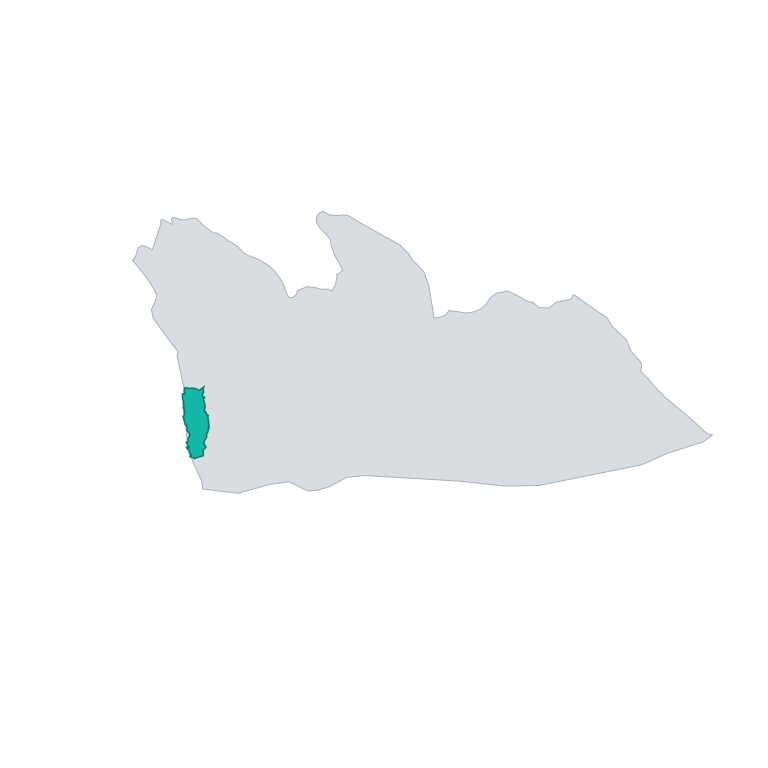 location of Porkpa, Grand Cape Mount, Liberia, rotated 313°
{"feature_id": "62588387B76680524179510", "entity_name": "Porkpa", "entity_type": "district", "adm_level": 2, "iso_a3": "LBR", "parent_name": "Liberia", "parent_adm1": "Grand Cape Mount", "projection": "equal_earth", "projection_center": [-11.08, 7.305], "detail": "fine", "context": "in_parent", "style": "filled", "palette": "teal", "viewbox_px": 768, "rotation_deg": 313, "n_neighbors": 0, "source": "geoboundaries", "source_scale": "gbopen_adm2", "svg_char_len": 6077}
<svg xmlns="http://www.w3.org/2000/svg" viewBox="0 0 768 768"><g transform="rotate(313 384 384)"><path d="M183.5,323.0L188.6,317.1L196.2,298.3L206.9,280.2L216.8,269.4L224.6,258.4L232.9,249.9L244.8,240.1L263.0,214.0L267.3,211.0L270.2,193.0L274.8,170.1L280.0,163.0L292.4,158.8L295.3,154.8L299.7,138.7L302.5,119.9L302.7,115.8L307.6,115.4L316.0,111.3L320.8,113.1L322.9,118.5L324.1,123.1L349.3,111.4L351.5,109.0L352.9,109.4L356.1,119.9L357.9,119.3L359.4,116.2L361.1,115.9L363.1,117.4L365.1,122.3L368.3,126.7L373.8,129.8L377.2,134.1L376.9,145.4L378.2,156.3L380.6,158.9L381.9,165.4L382.5,172.6L383.8,176.4L384.8,183.7L384.3,191.5L385.3,196.9L389.4,206.4L391.9,218.3L391.9,226.8L390.5,235.6L387.8,243.8L383.1,252.6L382.7,256.1L385.5,258.4L389.7,258.9L393.3,257.1L402.3,261.1L407.0,267.0L411.1,274.2L414.8,277.8L416.5,282.4L422.9,281.1L430.2,276.7L431.8,274.7L434.0,275.8L438.7,276.2L442.0,268.3L444.7,259.3L450.4,249.4L453.2,245.6L454.0,239.4L454.2,231.3L456.3,224.2L461.0,220.3L466.1,220.4L468.9,221.8L470.3,228.7L474.4,233.8L477.9,237.4L479.8,238.9L482.8,242.9L485.6,256.6L496.6,301.0L496.1,313.2L493.9,321.2L493.9,329.1L493.2,336.8L486.5,349.5L466.8,375.4L468.3,377.7L473.0,380.6L477.8,382.1L481.8,381.3L486.7,387.8L492.1,396.0L497.7,400.2L505.8,403.9L513.0,404.3L519.0,402.9L527.5,404.5L536.6,411.3L539.9,422.4L542.1,432.1L545.2,437.0L545.7,445.4L552.2,452.8L561.4,454.3L573.3,462.9L576.3,462.4L577.7,461.4L579.1,463.0L582.2,488.0L584.5,501.2L583.3,506.6L581.7,510.8L581.7,531.0L576.3,542.6L575.4,555.3L573.9,559.4L568.2,563.1L568.1,572.8L566.6,584.6L566.0,597.2L567.7,630.0L568.1,654.4L570.7,659.0L559.4,657.0L526.3,638.3L500.8,627.6L415.4,566.5L391.7,541.9L364.4,505.4L303.6,431.9L289.8,420.1L272.3,414.4L261.5,408.2L253.9,401.4L247.7,381.0L232.5,368.9L204.5,351.7L183.5,323.0Z" fill="#d9dde1" stroke="#a8b0b8" stroke-width="1"/><path d="M258.9,254.3L256.2,253.7L254.1,253.6L253.0,253.2L253.0,252.2L252.5,250.9L252.1,249.1L251.0,248.0L250.1,246.1L248.7,245.4L247.6,244.2L246.7,242.3L245.7,241.6L245.2,240.9L245.1,241.0L244.8,241.3L244.1,241.9L243.3,242.0L242.8,242.9L242.3,243.7L241.7,244.2L240.8,244.7L240.4,245.1L240.0,244.8L239.8,244.0L239.4,243.3L239.0,243.6L238.4,244.2L237.2,245.3L236.4,246.3L235.7,246.9L235.3,247.7L235.3,248.5L235.2,248.9L234.3,249.3L233.4,250.2L233.0,250.8L232.6,250.9L232.2,251.4L232.0,252.0L231.9,252.5L231.6,252.5L231.2,252.8L231.0,253.0L230.4,253.1L230.4,253.6L230.3,253.8L230.1,253.5L229.8,253.4L229.7,253.4L229.7,254.0L229.5,254.6L229.2,254.9L228.9,255.0L228.6,255.6L228.4,256.0L228.2,256.4L228.0,256.6L227.7,257.1L227.0,257.8L226.4,258.3L225.6,258.9L224.9,259.1L224.3,259.2L223.9,259.1L223.6,259.4L223.3,259.4L223.0,259.3L222.8,259.5L222.7,260.2L222.2,260.8L221.8,261.2L221.7,261.6L221.7,262.2L220.9,262.6L220.5,263.5L220.1,264.5L219.9,264.9L219.3,265.4L218.9,265.8L218.7,266.4L218.8,267.4L218.8,267.9L218.7,268.1L218.6,268.3L218.3,268.6L218.1,269.0L217.9,269.6L217.4,270.2L217.0,270.4L216.5,270.4L216.1,270.5L216.0,271.3L215.9,271.8L215.4,272.3L215.3,272.6L215.6,273.1L215.6,273.8L215.2,274.3L215.1,274.5L215.2,275.0L215.3,275.5L215.1,275.7L214.9,276.0L214.7,276.3L214.1,276.4L213.7,276.9L213.2,277.3L212.6,277.5L212.0,277.7L211.6,277.7L211.2,277.8L210.5,277.7L209.7,278.5L209.3,279.1L208.8,279.9L208.6,280.0L208.0,280.2L207.6,280.2L207.1,280.1L206.8,279.6L206.6,279.1L206.2,279.2L206.2,279.8L206.2,280.2L206.0,280.6L206.0,280.9L205.8,281.3L205.5,281.8L205.3,282.3L205.1,282.6L205.0,283.4L205.0,284.3L204.7,284.7L204.3,284.8L203.9,284.8L204.1,284.4L204.5,284.1L204.5,283.6L204.2,283.6L203.9,283.8L203.7,283.8L203.5,283.6L203.5,283.2L203.4,282.7L203.2,282.6L202.7,283.0L202.6,283.4L202.6,284.0L202.5,284.6L202.4,285.4L202.4,286.1L202.4,286.6L201.7,287.4L201.5,287.8L201.5,288.2L201.5,288.5L201.2,288.7L200.8,289.0L200.4,289.8L200.4,290.1L200.8,290.7L200.7,291.3L200.5,291.7L200.0,291.6L199.5,291.3L199.1,291.2L198.7,291.5L198.6,292.1L198.7,292.5L199.1,293.2L199.7,294.5L200.0,295.2L200.3,295.5L200.4,296.0L200.3,296.3L200.6,296.3L200.8,296.2L200.9,296.4L200.9,296.5L201.0,296.7L201.4,296.8L202.0,297.0L202.5,297.0L202.8,297.1L203.0,297.5L203.2,297.9L203.6,298.1L204.6,298.5L205.2,298.6L205.6,298.9L206.0,299.2L206.0,299.3L206.4,299.4L206.7,299.7L206.9,300.0L207.0,300.3L207.3,300.4L207.8,300.4L208.0,300.5L208.5,300.4L208.9,300.4L209.3,300.1L209.5,299.8L209.9,299.4L210.4,298.8L210.5,298.7L210.8,298.2L211.3,297.7L211.5,297.2L212.0,296.9L212.3,296.8L212.7,296.8L213.4,296.9L214.0,297.0L215.2,297.0L215.6,296.9L216.0,296.8L216.4,296.8L216.7,296.8L216.8,296.2L217.0,295.2L217.3,294.6L217.3,294.0L217.5,293.5L217.4,293.1L218.0,292.8L218.2,292.3L218.6,292.0L219.7,291.6L220.2,291.4L220.6,291.4L221.1,291.3L222.1,291.1L222.6,290.8L223.4,290.7L223.8,290.7L224.1,290.5L224.6,290.2L224.9,290.1L225.3,289.6L225.8,288.9L226.0,288.6L226.5,288.2L227.1,287.9L227.8,287.9L228.2,288.0L228.6,288.0L228.9,287.8L229.5,287.5L230.0,287.1L231.0,286.4L231.5,286.6L231.7,286.3L231.9,285.8L232.2,285.8L232.7,285.9L233.2,285.3L233.7,285.0L234.0,284.4L234.3,283.9L234.7,283.9L235.1,283.5L235.6,282.8L236.1,282.2L236.4,281.9L236.6,281.5L237.0,281.2L237.2,280.6L237.4,280.3L237.5,280.3L237.7,280.2L238.0,280.1L238.3,279.4L238.8,279.0L238.9,278.6L239.0,278.4L239.3,278.3L239.5,277.8L239.7,277.7L240.2,277.4L240.9,277.2L241.1,277.0L241.2,276.6L240.8,276.3L240.7,276.1L240.7,275.6L241.1,275.1L241.4,274.3L241.4,274.2L241.6,273.5L242.0,273.1L241.8,272.6L241.7,272.0L241.4,271.7L241.3,271.2L241.5,270.7L241.9,270.6L242.3,270.6L242.7,270.4L242.8,270.3L243.0,270.2L243.3,270.2L243.7,270.0L244.0,269.7L244.2,269.2L244.3,269.1L244.9,269.1L245.4,268.4L245.9,268.2L246.3,267.8L246.5,267.3L246.7,266.9L247.0,266.8L247.3,266.0L247.6,265.7L247.9,265.4L248.4,264.6L248.5,264.6L249.1,263.3L249.7,262.1L250.3,261.7L250.6,262.0L251.0,262.4L251.3,262.4L251.6,262.2L251.9,261.6L251.9,261.3L251.7,261.0L251.1,260.5L251.0,260.1L251.3,259.4L251.7,259.2L251.8,258.8L252.2,258.2L252.8,258.3L253.3,258.3L253.8,258.3L254.4,258.0L254.9,257.3L255.6,257.0L256.0,256.7L256.3,256.0L256.7,255.6L257.0,255.1L258.1,254.6L258.9,254.3L258.9,254.3Z" fill="#14b8a6" stroke="#0f766e" stroke-width="1.5"/></g></svg>